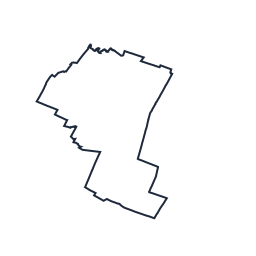 outline of Tatarastii De Jos, Teleorman, Romania, rotated 149°
{"feature_id": "2599482B17440364011234", "entity_name": "Tatarastii De Jos", "entity_type": "district", "adm_level": 2, "iso_a3": "ROU", "parent_name": "Romania", "parent_adm1": "Teleorman", "projection": "equal_earth", "projection_center": [25.181, 44.381], "detail": "fine", "context": "isolated", "style": "outline", "palette": "slate", "viewbox_px": 256, "rotation_deg": 149, "n_neighbors": 0, "source": "geoboundaries", "source_scale": "gbopen_adm2", "svg_char_len": 5510}
<svg xmlns="http://www.w3.org/2000/svg" viewBox="0 0 256 256"><g transform="rotate(149 128 128)"><path d="M192.6,197.8L190.2,194.5L188.8,192.7L187.8,191.2L186.9,190.1L185.7,188.4L183.9,186.2L183.3,185.3L182.2,184.0L179.8,180.8L179.1,179.9L183.7,177.2L183.1,176.3L181.2,173.4L180.4,172.3L178.2,169.0L177.2,167.5L176.7,166.7L176.1,166.1L181.7,162.6L178.4,159.3L177.4,158.0L177.1,158.2L176.7,158.3L176.6,158.1L176.4,158.1L176.3,157.9L176.2,157.8L175.3,157.6L174.4,157.5L174.1,157.4L173.8,157.1L173.7,157.0L173.7,156.8L173.7,156.6L173.4,156.2L172.3,156.8L171.6,155.8L172.8,155.0L173.1,154.8L178.4,151.8L180.3,150.6L180.6,150.4L181.1,150.3L181.4,150.1L180.7,147.5L180.6,146.5L180.5,146.2L179.6,146.2L179.2,146.1L178.8,145.9L181.7,144.2L182.1,143.9L181.9,143.7L181.5,143.3L181.3,143.1L181.2,143.0L181.0,142.8L180.2,142.2L180.0,141.6L179.9,141.2L179.7,140.8L179.3,140.6L179.1,140.3L179.1,140.0L179.1,139.7L179.3,139.3L179.4,139.1L179.4,138.8L179.3,138.5L179.0,137.9L179.1,137.7L179.2,137.4L179.2,137.2L178.8,136.8L178.5,136.6L178.1,136.3L178.0,136.2L180.1,136.2L178.5,133.2L178.2,132.7L164.2,121.8L165.0,121.3L165.1,121.1L165.3,121.0L167.0,119.9L174.5,114.7L178.7,111.6L179.5,110.9L179.8,110.8L179.9,110.6L180.6,110.2L189.2,103.8L192.0,101.8L193.7,100.5L195.0,99.5L195.3,99.4L194.3,97.5L192.5,94.0L191.7,92.8L189.3,89.0L191.8,87.7L190.6,85.6L189.8,84.3L186.4,78.2L182.6,78.0L181.5,76.1L180.0,73.8L177.1,70.3L175.4,68.1L174.9,68.0L174.3,67.1L174.2,66.7L174.2,66.2L174.0,65.6L173.5,64.3L172.5,62.2L171.8,61.1L171.2,60.4L167.2,55.4L165.4,53.0L160.1,46.7L157.6,43.7L156.4,42.4L156.2,42.2L155.2,41.1L153.9,39.5L152.6,37.9L151.8,37.1L151.5,37.3L150.8,37.8L150.0,38.1L148.8,38.9L147.2,39.6L146.1,40.1L142.1,42.4L138.3,44.2L136.8,44.8L134.1,46.2L130.9,47.8L132.3,49.6L133.5,51.0L136.9,55.0L139.1,57.7L141.9,60.9L142.9,62.0L142.9,62.3L142.7,62.5L141.3,63.4L139.3,64.9L137.5,66.0L130.1,71.3L129.2,71.9L128.5,72.6L126.7,74.5L124.1,77.3L123.0,78.3L122.9,78.5L122.5,78.9L122.3,79.2L123.1,80.2L123.6,81.0L123.9,81.4L124.9,82.6L126.4,84.6L127.2,85.6L130.9,90.4L132.6,92.7L134.1,94.5L134.6,95.1L135.5,96.5L126.3,105.1L123.5,107.9L121.2,110.0L117.4,113.7L115.7,115.3L115.5,115.5L115.4,115.7L114.6,116.5L114.4,116.6L113.2,117.8L112.9,117.9L111.3,119.4L109.1,121.7L109.0,121.9L106.8,124.1L106.7,124.2L106.3,124.6L106.3,124.8L106.2,125.0L105.8,125.1L102.2,128.6L101.6,129.1L100.9,129.6L100.5,129.9L99.7,130.1L99.4,130.3L98.5,130.7L98.4,130.9L97.5,131.5L95.7,132.5L93.8,133.6L93.2,133.9L92.4,134.5L91.9,134.5L91.6,134.9L91.5,135.1L91.3,135.3L90.6,135.6L90.2,135.6L89.4,136.0L89.2,136.1L88.4,136.6L85.0,138.4L83.8,139.2L82.6,139.9L78.5,142.2L77.5,142.8L76.3,143.5L75.0,144.3L74.9,144.4L73.8,145.1L73.7,145.0L71.8,146.0L62.2,151.7L62.5,152.2L63.1,152.0L63.2,152.5L63.3,152.9L63.1,153.2L63.0,153.7L62.7,153.9L62.7,154.0L62.8,154.1L60.7,156.0L64.0,160.1L64.8,161.1L67.9,165.0L69.1,164.1L69.6,163.8L72.8,167.4L73.3,168.1L74.0,168.9L77.3,172.6L82.5,178.7L78.2,180.4L83.6,186.7L84.0,187.2L84.6,187.9L86.5,190.2L87.0,190.6L91.3,195.7L92.7,194.5L92.9,194.4L93.4,193.9L94.7,192.8L94.8,192.8L95.0,192.8L96.3,193.3L96.5,193.4L96.7,193.6L96.9,194.0L97.1,194.8L97.5,195.6L98.1,197.2L98.4,197.7L98.6,198.3L98.7,198.5L99.0,199.3L99.4,200.1L99.5,200.8L100.0,201.1L100.0,201.5L100.0,201.8L100.1,202.2L100.2,202.3L100.3,202.3L100.6,202.6L101.3,202.7L101.5,203.2L101.3,203.4L101.3,203.5L101.5,203.8L101.5,204.0L101.4,204.3L101.6,204.5L101.5,204.8L101.6,205.0L102.0,205.3L102.6,205.2L103.2,204.8L103.5,204.8L103.6,204.6L104.1,204.6L104.3,204.5L104.8,204.4L105.0,204.4L105.3,204.4L105.4,204.1L105.9,204.0L105.9,203.9L106.2,204.1L106.4,204.1L106.7,204.0L107.0,204.3L107.2,204.6L107.3,204.8L107.0,205.2L107.1,205.6L106.9,206.0L107.1,206.3L107.5,206.5L107.5,206.9L107.5,207.0L107.8,206.9L107.9,207.0L107.7,207.3L107.7,207.5L107.9,207.6L108.2,207.6L108.5,207.7L108.8,207.7L109.0,207.6L109.3,207.5L109.7,207.7L110.1,207.6L110.3,207.3L110.8,207.5L111.0,207.6L111.3,207.7L112.0,207.4L112.4,207.1L112.5,207.2L112.6,207.4L113.1,206.9L113.1,206.4L113.3,206.5L113.5,206.7L114.0,207.3L114.0,207.6L113.9,207.8L114.0,208.0L114.3,208.7L114.3,208.9L114.3,209.0L114.2,209.1L114.2,209.6L114.2,209.9L114.0,210.1L113.9,210.3L113.6,210.3L113.2,210.2L113.0,210.3L112.9,210.5L113.0,210.8L112.9,210.8L112.6,210.6L112.4,210.6L112.1,210.7L111.7,210.7L111.6,210.9L111.8,211.2L112.1,211.3L112.1,211.6L112.7,211.9L113.1,212.0L113.5,211.9L113.8,212.0L114.4,212.0L114.7,211.9L115.1,211.8L115.6,211.5L115.7,211.3L115.8,211.2L115.7,211.1L115.9,211.0L116.0,211.0L116.5,211.0L116.9,211.2L117.2,211.6L117.1,212.0L117.2,212.3L117.3,212.4L117.5,212.8L117.5,213.2L117.8,213.3L117.8,213.5L117.7,213.7L117.7,214.0L118.0,214.5L118.5,215.1L118.6,215.3L118.7,215.7L118.9,216.3L118.9,216.5L118.4,216.9L118.2,217.0L117.6,217.2L117.3,217.5L117.0,218.6L117.1,218.8L117.3,218.9L117.5,218.9L118.1,218.7L118.6,218.4L119.0,218.2L119.3,218.2L119.8,217.8L120.2,217.4L120.3,217.3L120.9,217.2L121.1,217.1L121.2,216.9L121.2,216.5L121.4,216.4L122.0,216.2L124.1,215.5L128.5,214.0L133.7,212.0L136.2,210.9L138.4,210.0L139.5,211.1L140.6,211.8L141.1,212.3L141.3,212.3L141.9,212.6L142.5,212.8L143.6,212.4L144.5,212.2L144.4,212.0L144.1,211.4L148.2,209.9L148.6,209.7L151.9,208.3L152.5,208.9L153.9,208.9L154.4,210.0L157.6,210.7L159.3,211.2L159.7,211.1L164.5,209.8L165.2,211.3L165.7,212.6L167.6,212.2L168.7,211.8L171.1,210.7L174.2,209.2L175.4,208.3L175.6,208.0L175.8,207.8L177.1,207.1L178.8,205.8L182.1,203.7L183.2,203.0L185.0,202.1L186.7,201.0L189.8,199.3L192.6,197.8Z" fill="none" stroke="#1e293b" stroke-width="2"/></g></svg>